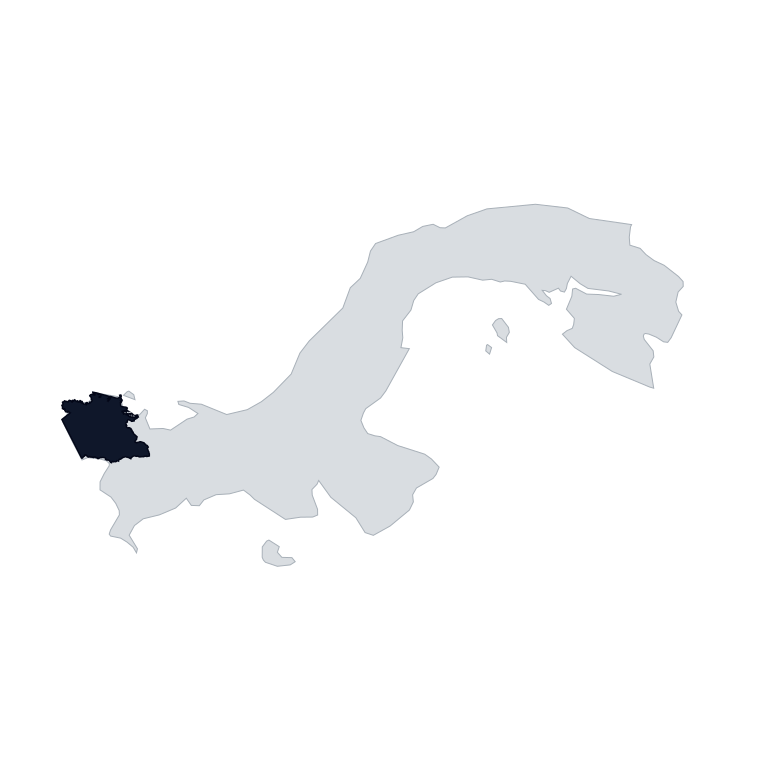 location of Changuinola, Bocas del Toro, Panama, rotated 333°
{"feature_id": "35544464B1778139424471", "entity_name": "Changuinola", "entity_type": "district", "adm_level": 2, "iso_a3": "PAN", "parent_name": "Panama", "parent_adm1": "Bocas del Toro", "projection": "orthographic", "projection_center": [-82.488, 9.215], "detail": "fine", "context": "in_parent", "style": "filled", "palette": "ink", "viewbox_px": 768, "rotation_deg": 333, "n_neighbors": 0, "source": "geoboundaries", "source_scale": "gbopen_adm2", "svg_char_len": 8941}
<svg xmlns="http://www.w3.org/2000/svg" viewBox="0 0 768 768"><g transform="rotate(333 384 384)"><path d="M677.0,354.4L675.0,355.9L669.2,364.5L666.1,371.9L673.8,379.5L676.2,387.7L680.6,396.5L687.5,405.4L695.2,421.9L697.0,428.5L694.9,432.9L687.8,435.6L681.2,443.5L679.5,453.0L680.8,457.7L660.9,473.1L655.7,475.7L652.3,473.4L647.9,465.9L642.7,459.8L639.9,457.7L638.3,457.6L636.8,459.1L636.1,462.4L638.9,476.6L636.7,482.4L629.9,486.9L622.4,510.2L619.3,507.3L593.1,476.5L570.4,438.1L565.6,420.6L571.4,419.5L577.0,419.9L580.0,417.1L583.4,412.0L580.5,400.2L591.2,391.1L595.2,385.0L598.2,385.7L605.4,395.9L615.8,401.7L628.5,410.1L636.4,411.9L626.4,403.1L609.1,391.4L604.3,383.7L599.6,372.9L593.0,377.7L589.9,381.7L586.5,384.0L583.5,381.3L582.9,377.8L572.8,377.3L570.2,374.1L567.5,372.4L568.8,379.1L570.8,383.3L569.8,388.3L566.5,388.7L563.7,383.5L560.1,378.8L555.1,359.2L543.5,350.0L538.3,347.0L533.9,345.9L527.5,339.6L519.1,336.3L507.5,326.7L493.4,319.8L476.2,317.4L455.4,319.2L448.4,323.1L443.7,328.1L441.5,330.4L429.2,336.2L424.6,344.4L421.7,351.4L415.6,359.3L422.6,364.0L382.5,391.0L374.6,394.9L356.5,397.7L352.4,400.6L346.9,405.9L346.2,413.9L347.0,420.8L352.3,426.0L357.0,429.3L368.3,445.1L388.4,465.0L392.2,472.3L395.4,483.1L389.4,488.2L384.7,490.4L365.7,491.4L359.2,495.7L356.6,502.4L349.5,507.8L325.0,513.3L305.8,514.0L299.7,507.8L298.2,490.4L285.2,460.8L282.0,440.3L278.8,442.9L271.9,445.3L269.6,450.4L267.9,465.5L265.4,470.6L260.1,470.2L249.2,464.8L234.7,459.9L216.2,427.9L214.2,421.9L210.6,414.7L196.4,411.7L184.2,406.4L170.9,405.5L164.2,408.6L157.2,404.7L156.0,396.0L142.1,399.9L124.3,398.6L108.3,394.8L97.4,396.8L88.3,403.0L89.5,418.9L86.8,422.1L86.4,415.6L83.2,408.1L79.4,401.8L71.4,395.4L71.0,393.0L74.2,389.8L88.8,380.5L90.6,376.6L90.8,368.5L89.4,360.8L82.9,349.4L86.6,342.3L94.2,336.7L101.9,332.2L103.2,330.3L101.8,326.4L97.3,322.2L86.7,315.1L80.4,314.6L80.2,294.2L80.5,272.4L82.1,270.3L86.0,269.0L89.1,265.7L90.8,259.2L95.4,256.9L103.7,261.9L112.2,266.3L115.7,264.8L118.4,262.7L120.2,260.6L120.8,258.6L127.6,264.4L141.5,274.7L142.3,279.7L141.0,284.6L144.8,298.5L152.0,300.5L159.2,297.8L161.0,300.4L159.7,302.9L156.0,305.8L155.0,317.8L166.9,323.3L172.9,328.2L192.6,325.9L199.8,327.2L204.8,325.8L199.3,316.2L191.9,309.1L192.5,305.9L198.1,308.3L202.4,313.1L212.1,319.1L230.0,339.8L250.5,344.8L266.7,344.1L281.7,341.2L305.8,333.0L323.1,318.3L336.9,311.7L381.8,297.6L397.7,282.9L404.4,281.0L410.8,279.1L424.8,268.0L432.3,259.4L440.3,255.0L464.1,257.9L479.5,261.8L490.1,261.2L500.3,264.0L504.9,270.2L509.5,272.8L534.6,271.9L555.2,274.7L600.5,292.6L627.6,310.6L642.1,329.8L677.0,354.4ZM224.2,502.0L218.3,502.6L206.2,498.0L197.4,489.0L196.6,486.1L196.8,483.1L201.6,473.9L208.1,470.7L210.6,470.8L216.8,481.4L212.6,485.5L214.3,492.1L223.1,496.9L224.2,502.0ZM514.3,398.0L512.2,402.7L507.1,392.5L507.9,389.8L507.4,380.6L512.2,378.1L515.7,377.8L518.6,379.1L520.6,390.0L519.1,394.9L514.3,398.0ZM156.2,279.9L155.0,284.9L146.7,275.8L151.6,274.3L153.4,274.5L156.2,279.9ZM496.4,400.4L491.6,405.3L489.7,400.7L493.0,396.0L494.2,395.9L496.4,400.4Z" fill="#d9dde1" stroke="#a8b0b8" stroke-width="1"/><path d="M149.8,300.4L150.3,299.8L149.8,299.4L149.0,299.5L147.8,298.9L147.9,299.5L148.2,299.6L148.4,300.1L148.3,300.4L148.1,300.2L148.1,300.6L147.7,300.8L147.4,300.5L146.3,300.4L145.4,299.8L145.0,299.9L143.9,298.8L143.2,298.7L143.1,298.2L143.5,297.9L143.2,298.2L143.4,298.1L143.5,297.8L143.2,298.0L142.7,297.4L142.4,297.6L142.2,297.2L142.3,296.5L141.8,296.5L141.9,295.8L141.7,295.6L142.0,295.3L141.7,295.2L141.9,294.9L141.8,294.7L141.8,294.9L141.5,294.8L142.5,294.5L142.4,294.2L142.0,294.1L141.9,294.2L141.7,294.0L141.1,293.6L140.9,293.7L140.6,293.7L140.3,293.3L140.1,293.4L139.7,293.2L139.1,292.5L138.6,292.5L139.0,292.0L138.4,291.7L138.7,291.2L139.1,291.6L138.6,290.7L138.6,289.8L138.0,289.6L138.2,289.3L138.1,289.6L138.4,289.8L138.8,289.8L138.8,289.6L139.4,289.9L139.5,289.5L139.4,289.8L140.1,289.9L140.0,290.1L140.3,290.4L140.3,290.2L141.0,290.6L141.7,290.5L142.1,290.8L142.5,290.4L142.9,290.4L143.0,289.3L143.7,289.3L143.8,289.1L143.9,289.3L144.3,289.0L144.2,288.3L143.5,287.5L140.8,285.7L139.9,284.9L139.7,284.4L139.2,284.1L139.7,284.3L139.5,283.8L140.7,280.9L141.4,281.1L141.8,280.5L141.7,280.0L142.4,280.4L143.0,279.7L143.4,279.5L143.0,278.0L143.2,277.9L143.6,276.0L144.3,275.7L144.6,274.6L144.5,274.3L143.4,274.0L143.1,275.3L142.2,276.0L140.3,275.8L138.7,274.8L134.9,271.1L134.3,270.7L133.7,270.8L133.3,270.3L132.9,270.9L133.9,271.8L133.5,272.9L132.4,273.2L132.7,273.0L132.4,273.0L131.7,273.5L131.6,273.8L131.4,274.0L131.5,274.3L131.4,273.9L131.6,273.5L130.3,274.2L130.1,273.8L129.7,274.2L129.9,273.7L131.8,273.3L132.3,272.8L133.3,272.9L133.7,272.2L133.5,271.6L133.0,271.3L132.8,272.5L132.3,272.6L131.9,271.7L131.1,271.8L130.3,271.2L131.2,271.7L131.9,271.6L132.3,272.3L132.7,272.4L132.9,271.8L132.9,270.4L133.3,270.2L133.8,270.5L123.4,261.1L120.8,259.2L120.7,259.4L120.7,260.2L122.0,261.5L121.8,262.1L121.3,262.6L120.7,262.4L119.8,261.1L119.0,260.6L117.6,260.4L116.6,260.7L116.5,261.5L117.1,263.1L116.4,264.6L116.4,266.1L115.9,266.7L114.8,267.1L113.5,266.6L113.3,267.5L112.1,267.5L111.2,266.5L111.1,265.8L110.7,265.6L110.5,265.8L110.6,266.4L109.9,267.2L109.4,267.4L109.0,267.1L109.1,266.5L109.5,266.1L109.5,265.8L108.7,266.1L107.3,265.8L107.1,265.6L107.2,264.7L106.1,264.0L106.2,263.6L107.0,263.3L107.1,262.7L106.9,262.3L106.3,262.4L106.0,262.2L105.9,261.0L105.6,260.8L105.2,261.0L105.4,262.0L105.2,262.3L104.5,261.5L103.3,261.2L103.6,260.2L103.1,259.7L101.8,259.9L101.6,258.9L101.1,258.4L101.4,257.9L101.2,257.6L99.7,258.2L99.4,257.3L98.9,257.2L98.4,257.6L98.3,258.4L97.9,258.6L97.5,258.0L97.7,257.3L97.3,256.6L96.7,256.4L96.3,255.7L95.8,255.7L94.6,256.6L93.8,256.2L93.6,255.5L92.2,255.0L92.1,254.3L91.8,254.0L90.2,254.5L89.4,254.2L89.2,254.4L88.9,256.6L88.5,256.8L87.7,256.6L87.3,256.8L87.2,258.4L86.4,259.8L86.8,260.1L86.8,260.8L87.2,261.1L87.9,260.9L88.2,261.1L88.3,262.0L87.6,262.7L87.9,263.3L87.7,264.1L88.6,264.9L89.6,264.7L89.8,265.1L89.4,265.5L89.5,265.6L90.4,265.3L90.4,265.9L91.0,266.4L90.8,267.0L91.1,267.3L80.9,269.4L80.9,312.7L81.8,313.1L83.3,312.2L84.1,312.3L85.3,311.5L85.8,311.5L86.2,311.8L86.1,312.6L87.0,313.8L87.1,314.6L88.0,315.2L89.0,315.0L89.5,316.0L90.0,316.1L90.6,316.7L91.3,316.9L91.6,317.5L92.7,317.5L93.0,317.9L93.6,318.0L93.9,318.5L94.1,319.1L95.0,319.6L95.0,320.2L95.3,320.7L98.3,320.8L98.6,321.2L100.3,321.8L101.4,322.7L101.8,322.8L102.2,323.7L101.6,324.8L102.2,325.1L102.3,325.5L102.5,325.4L102.9,325.8L103.0,326.2L103.8,326.5L104.1,326.9L104.6,327.7L104.8,329.5L105.3,330.4L105.7,330.4L105.9,329.9L106.8,329.6L107.5,330.1L107.6,330.5L108.8,330.8L109.3,331.3L110.4,331.5L111.0,331.1L111.1,331.3L112.0,331.6L112.5,332.2L113.0,331.5L114.0,330.9L115.2,331.4L116.9,331.2L117.7,330.7L118.4,331.1L119.0,331.2L119.5,331.2L120.6,331.3L121.5,332.3L122.2,332.7L122.7,333.4L123.4,333.8L123.7,334.6L124.2,335.0L124.5,335.6L125.1,335.1L125.7,334.8L126.2,334.8L126.8,334.5L128.8,334.5L130.5,336.0L131.4,336.3L131.6,336.2L132.9,337.9L134.1,338.2L134.3,338.6L135.0,338.6L136.6,339.6L137.1,339.7L137.6,339.4L137.9,339.8L139.1,340.2L139.5,340.1L139.7,340.9L142.2,341.6L143.2,339.7L143.2,338.5L143.6,338.0L143.5,336.7L143.8,335.0L143.8,334.2L144.1,333.8L145.3,333.2L145.1,331.3L144.2,330.5L144.2,329.4L143.6,328.7L143.5,327.5L141.0,325.0L140.3,324.6L139.4,324.7L138.6,324.3L137.7,324.2L137.2,323.8L136.9,324.0L135.8,323.0L136.1,322.2L136.8,321.4L137.6,321.3L138.7,320.7L138.8,320.2L140.0,319.0L138.2,314.2L138.5,313.6L138.3,313.3L138.5,312.7L138.0,312.4L138.0,312.1L138.0,311.7L138.3,311.5L138.4,310.7L138.3,310.2L137.9,309.8L138.2,309.1L137.8,309.0L138.0,308.4L137.3,307.4L136.6,307.0L136.3,307.3L136.0,307.2L135.0,305.7L135.0,305.3L135.4,304.9L135.4,304.5L135.8,304.3L135.6,304.0L135.9,303.3L135.6,303.1L135.8,302.9L135.9,302.3L136.4,301.5L136.9,301.3L137.5,301.5L138.1,301.3L138.4,300.4L139.4,299.7L139.9,299.6L141.2,300.9L141.9,301.9L142.1,302.6L143.3,303.1L143.9,302.9L144.4,303.5L144.8,303.3L145.0,302.7L145.6,302.1L146.8,302.5L147.8,302.2L148.7,302.3L149.1,301.9L150.1,301.9L150.2,300.8L149.8,300.4ZM124.5,267.6L124.8,266.9L125.5,266.8L125.6,266.6L125.6,266.4L125.0,266.5L124.3,266.1L123.7,266.9L124.2,266.0L124.2,265.6L124.3,266.0L125.2,266.4L126.4,265.6L126.7,264.6L126.3,264.1L125.6,263.6L125.6,263.9L125.5,263.6L125.2,263.6L125.0,264.3L124.9,263.8L124.4,263.3L124.5,262.6L127.1,264.7L126.7,265.7L126.0,266.2L126.6,267.0L125.9,266.3L125.6,267.0L124.8,266.9L124.5,267.6ZM143.9,294.8L143.5,294.9L143.5,295.1L144.1,295.7L144.6,296.0L145.5,296.0L146.3,296.9L145.9,295.5L143.9,294.8ZM146.8,298.1L146.4,297.1L146.2,297.3L146.4,297.3L146.4,297.7L146.8,298.1ZM140.8,290.7L140.8,291.0L141.2,291.5L141.2,291.1L140.8,290.7ZM142.3,291.2L142.0,291.2L142.1,291.4L142.3,291.2ZM144.9,299.7L145.2,299.5L145.2,299.4L144.9,299.7ZM143.5,291.7L143.4,291.4L143.3,291.6L143.5,291.7ZM143.6,292.0L143.8,292.1L143.6,291.8L143.6,292.0ZM143.6,289.6L143.4,289.4L143.3,289.5L143.6,289.6Z" fill="#0f172a" stroke="#020617" stroke-width="1.5"/></g></svg>